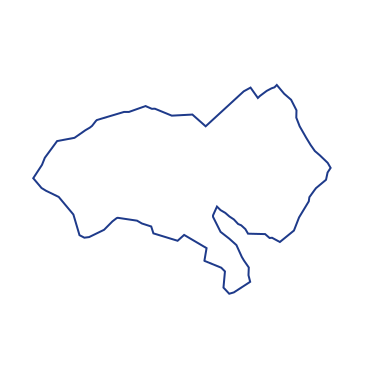 Nsit Ubium, Akwa Ibom, Nigeria, rotated 152°
{"feature_id": "59680162B36558878931890", "entity_name": "Nsit Ubium", "entity_type": "district", "adm_level": 2, "iso_a3": "NGA", "parent_name": "Nigeria", "parent_adm1": "Akwa Ibom", "projection": "orthographic", "projection_center": [7.956, 4.76], "detail": "fine", "context": "isolated", "style": "outline", "palette": "blue", "viewbox_px": 384, "rotation_deg": 152, "n_neighbors": 0, "source": "geoboundaries", "source_scale": "gbopen_adm2", "svg_char_len": 1275}
<svg xmlns="http://www.w3.org/2000/svg" viewBox="0 0 384 384"><g transform="rotate(152 192 192)"><path d="M311.6,206.7L308.5,202.2L304.0,200.5L287.4,199.9L276.1,203.4L270.8,204.3L269.7,204.1L254.0,192.5L251.0,187.7L244.2,180.7L245.5,173.6L227.6,155.7L219.1,157.8L205.5,135.6L213.3,125.5L213.3,125.3L201.7,111.4L200.2,106.4L209.1,92.8L206.9,84.7L202.2,83.7L182.8,85.4L181.2,92.0L177.3,98.7L178.3,107.1L178.5,111.3L177.7,124.3L181.0,133.3L185.5,143.4L185.1,160.2L184.4,161.5L176.8,167.4L175.3,162.6L172.4,157.9L170.5,152.9L167.9,148.1L166.3,142.1L164.2,139.5L162.3,134.2L162.1,128.9L147.2,120.5L145.1,115.0L142.8,114.0L137.9,106.6L120.1,110.1L109.4,119.3L93.3,128.9L90.8,132.3L83.5,135.9L80.7,137.2L67.9,139.9L63.1,145.6L58.3,148.2L58.5,154.0L61.9,164.4L64.3,170.5L65.2,177.8L65.7,186.4L66.1,199.5L65.0,208.7L61.4,215.1L61.2,226.9L64.5,235.5L66.9,246.7L70.0,245.7L73.1,246.2L78.6,246.2L87.0,244.9L89.7,244.1L91.3,256.7L99.0,256.6L103.3,255.5L149.1,243.6L155.3,260.2L174.0,268.9L185.7,283.0L188.4,284.3L192.7,289.7L210.1,292.3L214.4,294.6L242.1,300.2L243.4,299.9L249.2,297.3L252.0,296.8L257.1,296.6L270.3,295.0L287.2,300.3L305.9,291.3L311.7,286.4L325.7,278.7L323.0,266.2L320.3,261.6L312.0,250.2L307.3,227.8L311.6,206.7Z" fill="none" stroke="#1e3a8a" stroke-width="2"/></g></svg>